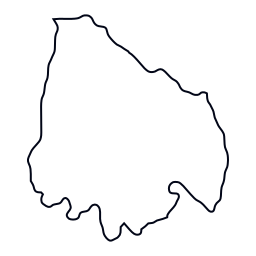 Esperanza, Valverde, Dominican Republic (Robinson projection)
{"feature_id": "3306468B62426802090355", "entity_name": "Esperanza", "entity_type": "district", "adm_level": 2, "iso_a3": "DOM", "parent_name": "Dominican Republic", "parent_adm1": "Valverde", "projection": "robinson", "projection_center": [-70.963, 19.618], "detail": "fine", "context": "isolated", "style": "outline", "palette": "ink", "viewbox_px": 256, "rotation_deg": 0, "n_neighbors": 0, "source": "geoboundaries", "source_scale": "gbopen_adm2", "svg_char_len": 4008}
<svg xmlns="http://www.w3.org/2000/svg" viewBox="0 0 256 256"><path d="M128.3,51.4L124.4,49.0L121.1,46.7L116.8,44.5L114.8,42.8L112.9,40.9L111.1,38.9L109.4,36.8L108.4,35.3L107.7,33.8L106.4,29.1L105.6,27.9L105.0,27.5L103.6,26.9L98.6,26.1L97.0,25.5L96.4,25.1L95.2,24.1L94.2,22.9L93.4,21.5L92.4,19.3L91.6,18.0L90.5,16.9L89.2,16.0L88.5,15.7L86.9,15.4L84.5,15.4L82.9,15.8L79.6,17.6L78.0,18.2L76.3,18.5L74.5,18.7L70.7,18.9L59.5,18.8L53.5,19.2L56.2,23.6L57.3,25.7L57.7,27.4L57.7,29.1L57.4,30.6L55.9,34.2L55.3,36.9L55.1,39.8L54.9,47.7L54.8,49.6L54.5,51.5L53.9,53.2L52.2,56.8L50.9,59.9L49.1,63.6L48.6,65.3L48.2,68.1L47.9,75.0L47.5,77.8L47.0,79.5L45.7,82.5L45.2,84.2L44.9,86.1L44.3,91.0L44.0,92.9L43.5,94.6L41.9,98.3L41.5,100.2L41.2,103.2L41.1,106.3L41.3,132.3L41.2,135.3L40.9,137.3L40.4,139.2L40.0,140.1L39.0,141.7L37.2,143.8L33.5,148.0L31.8,150.3L31.0,151.9L28.7,157.0L28.2,158.5L28.0,159.4L28.0,161.1L28.2,161.9L28.7,163.4L29.9,166.3L30.5,169.0L30.8,174.0L30.8,181.0L32.8,184.4L33.5,186.1L34.3,189.1L35.0,190.5L35.4,191.0L36.0,191.5L37.4,192.1L38.8,192.3L41.1,192.4L42.9,194.3L41.9,196.5L41.4,198.1L41.3,199.8L41.4,200.6L41.7,202.2L42.1,202.9L43.2,204.0L46.1,206.0L48.0,206.8L48.8,206.9L50.1,206.8L51.3,206.2L52.6,205.1L53.2,204.8L54.5,204.4L58.2,203.7L59.6,203.3L60.2,202.9L61.2,202.0L62.3,200.3L63.0,199.3L64.0,198.4L64.6,198.2L65.3,198.0L66.0,198.1L67.2,198.8L68.2,199.9L69.0,201.2L70.4,205.5L70.7,207.0L70.7,207.7L70.5,208.5L69.8,209.9L68.0,212.3L67.2,213.6L66.9,214.3L66.8,215.1L66.9,215.9L67.5,217.2L68.6,218.3L69.2,218.8L70.7,219.3L72.3,219.5L73.9,219.5L75.5,219.3L76.9,218.8L78.1,218.0L78.6,217.4L78.9,216.7L79.7,214.2L80.4,213.0L81.0,212.6L82.2,212.0L86.5,211.2L87.8,210.6L88.9,209.7L90.4,207.4L91.3,206.3L92.4,205.3L93.1,205.0L94.7,204.6L95.5,204.7L96.3,204.9L97.0,205.2L97.6,205.7L98.7,206.9L99.4,208.3L99.7,209.2L100.1,212.1L100.1,218.9L100.5,221.8L101.0,223.5L102.5,227.3L102.9,229.0L103.5,232.5L104.0,234.2L104.8,235.8L106.4,238.0L108.2,239.7L109.6,240.5L110.4,240.6L111.1,240.6L112.4,240.2L117.0,237.9L117.6,237.5L118.7,236.3L119.7,235.0L120.0,234.2L120.5,232.5L120.6,230.7L120.7,227.0L124.1,223.3L129.5,229.5L132.0,232.1L134.0,233.7L135.5,234.4L136.2,234.6L137.8,234.7L139.2,234.4L139.9,234.0L140.5,233.5L140.9,232.8L141.1,232.1L141.3,230.6L141.3,229.3L145.3,226.3L148.3,223.4L151.9,223.0L153.5,222.6L157.0,220.5L162.8,218.9L167.2,217.3L167.3,215.9L167.4,215.2L168.1,213.8L169.5,211.8L173.5,207.3L175.1,205.2L175.9,203.7L176.9,201.3L178.3,198.7L178.8,197.3L178.9,196.5L178.8,195.8L178.6,195.0L178.2,194.4L177.6,193.9L176.4,193.5L172.8,193.3L171.5,193.1L170.8,192.8L170.1,192.4L169.6,191.7L169.3,191.0L169.1,190.2L168.9,188.5L169.1,186.8L169.4,185.9L170.2,184.5L171.4,183.3L172.7,182.4L173.5,182.1L175.2,181.9L177.7,182.1L179.3,182.6L180.7,183.6L183.3,186.0L190.6,194.3L194.3,198.2L196.3,199.9L199.9,201.9L201.3,202.9L203.3,204.7L208.1,210.0L209.2,211.0L210.5,211.6L211.2,211.7L211.9,211.7L212.6,211.5L213.2,211.1L213.7,210.5L214.2,209.2L214.9,206.3L215.5,204.9L216.7,203.1L219.3,200.7L219.8,200.2L220.5,198.7L220.9,196.0L221.2,190.3L221.6,187.4L222.1,185.8L223.3,182.8L223.8,181.1L224.2,179.2L224.7,174.3L225.0,172.4L225.6,170.7L227.2,167.0L227.6,165.1L227.8,163.2L228.0,160.2L227.9,157.3L227.7,155.3L227.1,152.5L225.6,148.8L225.0,147.1L224.6,144.2L224.2,136.4L223.9,134.5L223.6,133.6L223.2,132.8L222.3,131.2L219.1,126.8L218.2,125.3L214.8,117.7L214.4,116.0L213.5,111.7L212.9,110.1L210.1,104.5L208.5,102.3L207.9,101.1L207.5,99.7L207.2,98.1L206.9,93.4L205.7,92.8L204.5,92.4L203.8,92.3L202.4,92.3L201.1,92.7L199.3,94.2L198.7,94.5L197.4,94.9L195.1,94.9L193.6,94.5L192.8,94.2L189.5,92.5L188.0,92.0L184.8,91.2L183.3,90.6L182.0,89.7L181.0,88.5L180.1,87.2L179.1,85.0L178.3,83.6L176.8,81.7L175.7,80.8L172.9,79.2L171.5,78.2L169.6,76.4L165.3,71.9L163.4,70.3L162.0,69.5L160.4,69.2L158.9,69.5L157.5,70.1L155.0,71.5L153.5,71.9L151.9,72.1L150.2,72.0L148.6,71.5L147.9,71.1L146.5,70.1L144.5,68.3L137.2,60.0L134.1,56.7L131.6,54.4L129.3,52.8L128.9,52.4L128.3,51.4Z" fill="none" stroke="#020617" stroke-width="2"/></svg>